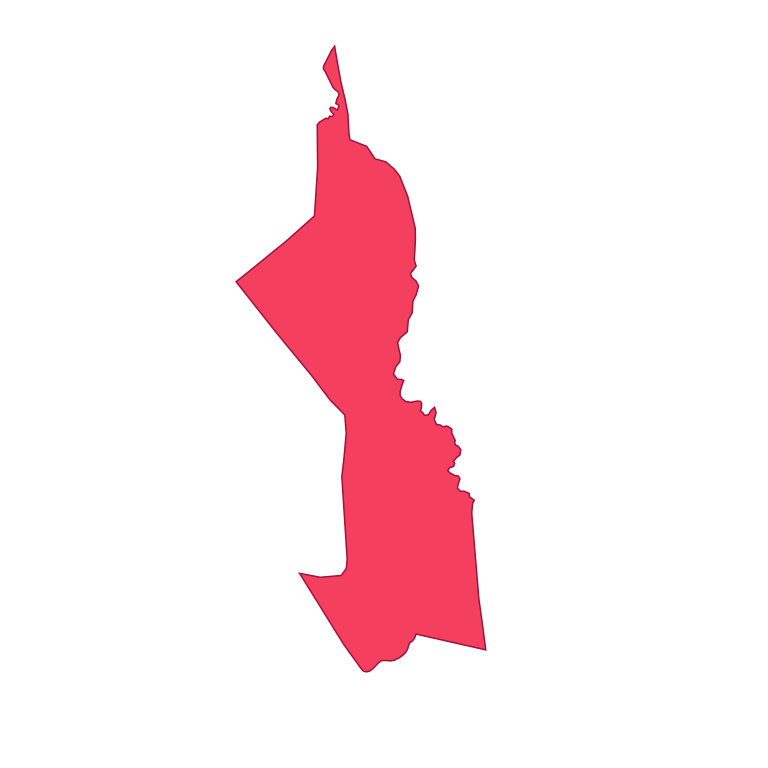 outline of Ar Rahad, Gedarif, Sudan, rotated 216°
{"feature_id": "16777658B55257137653826", "entity_name": "Ar Rahad", "entity_type": "district", "adm_level": 2, "iso_a3": "SDN", "parent_name": "Sudan", "parent_adm1": "Gedarif", "projection": "mercator", "projection_center": [34.809, 13.193], "detail": "fine", "context": "isolated", "style": "filled", "palette": "rose", "viewbox_px": 768, "rotation_deg": 216, "n_neighbors": 0, "source": "geoboundaries", "source_scale": "gbopen_adm2", "svg_char_len": 3795}
<svg xmlns="http://www.w3.org/2000/svg" viewBox="0 0 768 768"><g transform="rotate(216 384 384)"><path d="M622.5,628.3L622.6,623.5L619.7,605.5L618.2,603.3L614.8,602.0L601.4,594.9L599.8,594.0L596.4,593.4L593.4,593.4L591.1,592.6L590.1,590.4L589.6,586.7L587.8,582.6L585.7,582.9L583.8,582.4L582.9,578.2L587.7,577.8L589.6,576.8L589.7,574.8L586.5,573.2L583.1,572.6L583.0,570.1L585.5,568.6L585.0,565.9L587.3,564.8L589.9,558.5L590.4,554.5L564.6,519.6L539.1,479.1L547.0,442.6L560.0,393.6L563.8,379.8L500.8,362.1L447.6,348.3L429.6,342.8L417.9,339.3L397.6,336.0L385.5,321.7L372.8,300.5L363.7,284.3L310.9,220.7L306.1,212.6L306.1,203.9L321.9,190.2L341.0,181.2L263.5,149.6L234.3,140.0L231.4,139.7L228.9,140.9L226.9,143.2L225.4,148.3L224.8,154.3L223.8,158.1L222.2,159.8L219.8,161.5L216.0,163.8L213.3,166.5L211.9,169.3L210.7,171.3L208.8,178.0L208.8,181.6L209.3,184.2L210.7,187.6L211.0,189.9L210.0,192.6L209.8,196.1L210.4,198.1L211.1,200.5L145.4,228.7L162.7,247.0L181.1,266.1L237.1,331.1L242.1,339.5L242.7,343.0L248.8,343.0L250.4,345.2L250.6,345.5L252.1,345.2L256.2,344.4L259.1,342.2L263.4,342.9L264.7,345.7L265.4,347.4L266.3,350.4L266.7,351.7L267.9,352.4L269.3,353.1L269.9,353.2L270.3,353.0L271.0,352.6L271.4,352.4L271.6,352.3L272.4,351.9L272.8,351.6L273.1,351.5L273.6,351.4L274.4,351.3L275.3,351.2L275.7,351.2L277.0,351.0L277.5,351.0L277.7,350.9L277.9,350.9L278.2,350.9L278.3,350.9L278.7,351.0L278.9,351.0L279.8,351.1L281.1,351.3L281.4,351.3L281.5,351.4L281.6,352.4L281.6,352.8L281.6,353.2L281.6,353.7L281.7,355.0L279.2,358.1L280.0,360.7L280.1,361.1L280.2,361.3L280.3,361.5L280.6,361.6L281.4,361.9L282.1,362.1L282.3,362.1L282.1,367.2L280.8,371.1L281.1,371.6L282.2,373.9L283.2,375.9L287.1,377.3L290.3,376.7L292.0,377.8L292.4,378.0L293.2,380.2L295.1,381.2L296.1,381.6L297.5,382.5L298.2,383.0L298.7,383.3L300.6,384.3L301.8,386.2L302.4,387.3L302.6,387.3L302.9,387.3L305.1,387.3L305.5,387.3L306.4,387.3L306.7,387.3L307.0,387.3L307.9,387.0L308.1,386.9L308.3,386.9L308.6,386.8L308.8,386.6L309.3,386.1L309.4,385.9L309.7,385.6L310.5,384.8L310.9,384.4L311.2,384.0L311.9,384.0L312.3,384.0L312.7,383.9L312.9,383.9L313.6,383.9L313.8,383.9L314.1,383.8L314.3,383.8L314.6,383.8L315.1,383.5L315.4,383.3L315.7,383.2L315.9,383.1L316.4,382.8L316.9,382.5L317.0,382.4L317.3,382.2L317.6,382.1L318.0,382.3L318.2,382.5L318.8,382.8L319.0,382.9L319.4,383.1L322.0,384.5L322.6,384.9L322.7,385.0L323.4,387.2L323.5,387.5L324.0,388.9L324.7,390.8L325.0,391.4L325.2,391.6L325.5,391.8L329.0,394.6L329.2,394.8L329.4,394.9L330.4,390.3L330.0,384.9L332.9,382.5L335.7,383.6L338.7,383.6L339.7,386.5L342.1,390.5L344.2,391.4L347.1,389.8L351.4,385.1L355.9,382.7L360.6,382.7L364.0,384.0L366.5,387.3L368.8,393.6L370.1,398.5L372.6,397.9L376.0,395.7L382.3,397.7L384.7,405.3L384.2,411.2L387.4,416.7L392.4,421.0L397.4,425.6L397.9,431.3L395.8,440.0L397.7,443.0L402.1,450.3L403.0,458.2L409.3,468.0L410.5,475.2L412.5,480.8L413.5,483.5L418.8,486.2L424.2,486.5L427.5,488.9L427.3,498.3L427.6,498.5L427.9,498.7L428.6,499.2L429.3,499.7L429.6,500.0L430.3,500.5L431.1,501.1L431.5,501.4L431.8,501.6L432.0,501.8L432.4,502.1L432.7,502.7L432.8,502.8L435.4,506.8L438.7,512.0L441.7,516.5L444.5,520.8L450.3,528.4L475.2,549.8L493.4,561.4L495.6,562.0L502.1,563.9L509.9,564.5L510.7,564.6L513.2,564.8L522.4,561.3L523.6,560.9L523.9,561.0L525.3,561.5L526.3,561.9L526.7,562.0L527.5,562.3L529.8,563.2L530.1,563.3L530.4,563.4L531.4,563.8L535.3,565.2L536.4,565.6L536.6,565.7L536.8,565.8L537.2,565.9L537.4,566.0L537.7,566.1L538.4,565.9L539.2,565.7L541.9,565.0L545.3,564.1L546.9,563.7L547.7,563.5L552.9,562.2L553.6,562.0L554.0,561.9L554.7,561.7L555.2,561.7L555.4,561.9L555.6,562.0L555.9,562.4L557.9,564.4L560.2,566.8L568.4,576.9L571.6,580.9L572.1,581.4L583.3,591.8L596.5,603.1L608.5,614.7L618.1,623.9L619.0,624.8L622.5,628.3Z" fill="#f43f5e" stroke="#9f1239" stroke-width="1.5"/></g></svg>